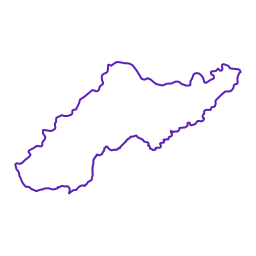 Elías, Huila, Colombia (orthographic projection)
{"feature_id": "7082276B98315935443", "entity_name": "Elías", "entity_type": "district", "adm_level": 2, "iso_a3": "COL", "parent_name": "Colombia", "parent_adm1": "Huila", "projection": "orthographic", "projection_center": [-75.954, 2.003], "detail": "fine", "context": "isolated", "style": "outline", "palette": "violet", "viewbox_px": 256, "rotation_deg": 0, "n_neighbors": 0, "source": "geoboundaries", "source_scale": "gbopen_adm2", "svg_char_len": 5788}
<svg xmlns="http://www.w3.org/2000/svg" viewBox="0 0 256 256"><path d="M240.6,71.9L239.8,70.2L238.4,69.3L230.2,68.4L229.4,67.5L228.6,66.0L224.4,64.4L223.1,64.2L222.0,65.1L221.9,66.4L222.5,68.2L222.3,69.3L221.9,70.2L221.1,70.7L220.3,70.7L219.7,70.3L219.2,69.7L217.9,68.8L216.7,70.2L216.0,70.8L214.8,71.1L211.6,71.5L210.9,72.2L211.0,73.5L211.5,74.4L212.9,75.1L213.7,75.7L213.9,78.0L213.2,78.8L210.9,79.7L206.3,82.7L205.2,82.7L204.3,82.2L203.9,80.3L202.7,77.1L201.2,75.3L199.0,73.5L196.8,73.1L194.9,73.5L193.6,74.4L192.1,78.5L190.7,80.9L190.3,82.6L190.4,84.6L189.9,85.3L188.4,85.5L185.8,85.5L183.6,84.6L181.8,84.1L179.1,82.0L177.8,81.6L176.2,81.6L175.0,81.8L172.4,83.1L170.5,83.6L168.5,83.6L166.3,83.8L164.4,84.8L162.7,85.4L160.7,85.1L158.7,84.7L155.9,83.8L154.3,82.7L150.6,79.5L147.7,78.2L145.4,79.4L143.9,79.6L141.4,78.6L140.4,76.7L137.0,71.1L134.9,68.2L132.6,65.3L130.7,64.2L129.0,63.5L127.0,63.3L124.0,63.2L122.4,62.7L119.3,62.2L117.6,62.1L115.8,62.4L114.4,63.4L111.1,65.7L109.4,64.8L108.8,64.7L108.2,65.0L108.0,65.9L107.9,70.1L107.3,71.7L106.5,72.7L104.0,73.7L102.5,74.7L101.8,76.5L101.8,78.4L102.1,80.2L103.1,82.9L103.0,83.8L99.6,86.8L98.9,89.8L98.2,90.6L97.0,91.2L95.4,91.2L94.0,90.3L92.2,90.2L84.4,96.7L80.0,99.6L79.1,103.2L75.9,109.5L73.4,109.9L72.6,110.2L72.4,111.0L72.3,112.7L72.1,113.8L71.2,114.7L69.0,115.5L67.2,116.0L64.5,116.0L63.6,115.8L62.7,115.4L61.9,115.2L59.4,116.4L57.2,117.3L56.2,118.3L56.1,119.4L56.1,121.5L55.9,122.2L55.4,122.8L54.9,123.4L54.9,124.2L55.1,126.0L55.4,127.4L55.1,128.7L54.2,129.4L52.6,130.4L51.7,130.8L50.1,131.0L47.2,130.4L44.6,130.1L43.2,130.1L43.0,131.3L42.8,132.9L43.1,133.6L45.2,136.5L45.2,137.3L44.9,138.9L44.3,139.9L42.7,141.9L42.3,142.7L42.3,144.7L42.1,145.7L41.4,146.2L40.7,146.4L39.5,146.3L38.3,146.1L37.3,145.9L36.4,146.2L35.8,146.6L35.7,146.5L33.7,148.1L31.3,149.3L29.4,150.3L28.8,150.9L28.6,151.7L28.9,152.6L30.2,154.0L30.4,154.9L29.9,155.8L29.2,156.7L27.3,158.3L25.5,159.6L22.7,162.3L21.7,163.1L20.9,163.5L20.0,163.8L19.3,163.8L19.0,163.6L17.1,163.3L15.4,164.1L15.4,164.6L15.6,166.0L16.3,167.9L16.3,168.6L16.5,169.4L17.5,170.3L18.5,171.8L19.0,172.8L19.1,173.7L19.3,174.6L19.3,175.4L19.5,176.1L20.0,176.9L20.4,177.7L21.2,179.8L22.6,182.8L23.9,184.6L24.6,185.5L25.9,186.7L26.3,186.9L27.2,186.8L28.3,186.8L28.7,186.9L29.7,187.4L31.1,188.9L33.7,189.9L35.8,190.9L36.3,191.1L37.0,191.0L38.5,190.3L41.2,189.5L42.7,189.5L43.1,189.1L44.1,188.7L44.7,188.5L47.0,188.3L48.1,188.2L52.8,189.4L53.6,189.4L54.6,189.2L55.4,189.0L56.2,188.5L57.2,188.5L57.5,188.4L57.8,188.1L58.0,187.1L58.7,187.2L59.4,187.2L61.0,186.2L62.5,185.9L63.9,186.3L64.9,186.4L66.3,186.3L68.1,186.5L69.5,188.4L69.8,189.2L69.7,189.8L69.6,190.2L69.5,191.0L69.4,191.7L69.2,192.4L69.0,193.9L70.3,192.1L71.5,191.6L72.5,190.7L74.1,190.0L75.6,190.0L76.6,189.6L77.8,188.0L79.6,186.4L81.2,185.7L82.3,185.3L83.3,185.7L84.7,185.9L85.0,185.7L85.1,185.0L85.4,184.7L86.0,184.7L86.4,184.4L87.1,183.5L87.9,182.2L88.2,181.9L89.7,181.2L90.1,180.7L91.0,180.4L91.6,179.8L92.7,174.8L92.7,173.9L92.5,173.1L92.7,172.4L92.6,171.2L92.4,170.6L92.4,169.7L92.7,169.2L92.5,168.4L92.5,167.8L92.8,166.8L92.6,166.4L93.2,164.6L93.4,163.0L93.3,161.8L93.3,160.9L93.5,160.3L93.6,159.5L93.8,159.2L94.3,158.9L94.5,158.6L94.5,158.1L94.7,157.7L95.1,157.4L95.4,156.8L95.8,156.3L96.2,156.1L96.7,155.8L96.8,155.4L96.7,154.7L97.1,154.6L97.4,154.6L97.8,154.8L99.4,155.3L99.9,155.2L100.2,155.1L101.1,154.5L101.8,154.2L102.2,153.8L102.4,153.5L102.4,153.0L102.7,152.4L103.6,151.2L104.2,150.2L104.3,148.2L105.4,147.6L105.8,146.9L106.1,146.6L107.3,146.6L107.5,146.9L107.8,147.5L108.1,148.0L109.7,149.4L110.8,150.1L111.3,150.3L111.7,150.3L112.8,150.0L113.2,149.8L114.2,149.9L115.3,149.5L116.0,149.9L116.5,149.8L117.3,149.4L117.7,149.0L118.3,148.8L118.4,148.4L118.6,148.0L119.1,148.0L119.8,148.2L120.0,147.9L120.3,147.1L120.8,146.5L122.8,144.5L124.8,142.4L125.6,142.0L126.0,141.3L126.2,140.5L127.5,139.8L128.1,138.7L129.6,138.3L129.9,137.8L130.1,137.1L130.5,136.8L131.2,136.6L132.1,136.7L133.3,136.4L134.0,136.3L135.3,135.8L136.1,135.5L136.5,135.6L137.5,137.1L138.2,137.7L139.1,137.8L140.2,138.6L141.2,138.8L142.6,139.6L144.2,141.6L147.6,142.4L148.1,142.8L148.5,143.2L148.6,143.8L148.1,145.5L148.5,145.8L149.1,145.6L149.3,145.9L149.9,147.3L150.0,148.6L150.8,148.7L151.9,149.2L152.7,150.0L153.4,150.1L154.1,150.0L155.7,149.3L155.8,149.0L155.6,148.8L155.5,148.2L156.1,147.8L157.9,147.6L159.0,147.8L159.8,147.7L160.4,147.3L160.8,146.8L160.9,145.9L160.8,145.2L160.4,144.6L160.0,143.8L160.1,143.5L160.5,143.1L161.3,142.9L163.5,142.6L164.0,142.4L164.0,141.8L163.7,140.4L163.6,139.8L163.9,139.5L164.6,139.7L165.1,139.9L165.6,139.6L166.4,139.3L168.0,139.4L168.4,139.2L168.6,138.6L168.6,137.8L168.8,137.2L169.6,136.8L171.1,136.4L171.6,135.9L171.9,135.4L171.8,134.6L171.6,133.7L170.8,131.6L171.0,131.0L171.6,131.2L172.4,131.8L172.8,132.3L173.9,131.6L175.0,131.5L176.3,131.5L177.2,131.5L177.8,131.4L178.7,130.5L179.2,129.6L179.6,128.0L180.1,127.9L181.5,127.8L183.0,127.6L184.8,127.5L185.6,127.1L187.2,126.1L187.7,125.2L187.5,124.1L187.6,123.1L188.0,122.8L188.5,122.6L189.2,122.6L189.8,123.0L190.1,124.0L190.5,124.9L190.9,125.2L191.7,125.2L193.4,124.7L194.9,124.2L196.0,123.3L196.5,122.3L197.3,121.4L197.8,121.0L198.7,121.1L199.6,121.0L200.6,121.3L202.1,121.1L202.8,120.8L204.0,119.1L204.1,118.4L202.9,117.5L202.6,116.7L202.6,116.0L203.0,115.0L204.1,113.8L204.1,111.7L204.7,110.6L205.4,110.1L206.7,109.8L208.0,109.9L208.8,109.8L209.9,110.1L210.6,109.8L210.8,109.3L210.9,108.7L211.3,107.7L212.0,107.1L213.5,106.9L214.7,106.5L215.7,103.9L215.7,103.1L215.4,101.3L216.1,100.0L219.2,96.9L223.2,93.1L225.3,91.5L228.4,91.4L230.6,91.2L232.1,89.8L233.2,88.3L233.7,86.5L233.9,85.3L235.2,84.2L236.6,84.0L237.4,83.6L237.5,82.7L237.6,81.4L237.4,79.8L237.5,78.3L237.7,76.8L238.3,75.2L239.5,72.8L240.6,71.9Z" fill="none" stroke="#5b21b6" stroke-width="2"/></svg>